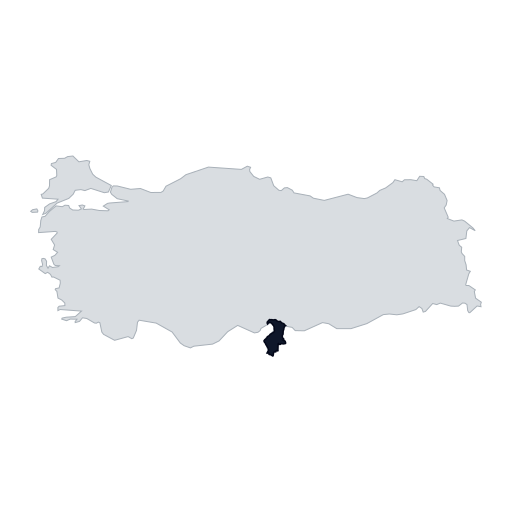 Hatay on a map of Turkey (orthographic projection)
{"feature_id": "TUR-2289", "entity_name": "Hatay", "entity_type": "Province", "adm_level": 1, "iso_a3": "TUR", "parent_name": "Turkey", "parent_adm1": "", "projection": "orthographic", "projection_center": [36.26, 36.42], "detail": "fine", "context": "in_parent", "style": "filled", "palette": "ink", "viewbox_px": 512, "rotation_deg": 0, "n_neighbors": 0, "source": "natural_earth", "source_scale": "10m", "svg_char_len": 5563}
<svg xmlns="http://www.w3.org/2000/svg" viewBox="0 0 512 512"><path d="M394.9,179.7L402.2,181.8L404.4,179.8L410.9,179.7L416.8,180.7L419.7,176.3L423.8,176.5L424.7,178.6L426.7,179.2L433.1,184.2L432.5,185.0L434.1,186.9L439.4,187.8L440.1,190.5L444.5,194.3L447.1,200.5L446.2,205.0L444.2,207.9L448.2,217.2L447.3,218.5L453.9,221.1L461.9,219.9L464.6,221.1L473.0,228.0L475.2,230.7L469.5,227.6L466.8,230.9L465.9,238.5L457.5,240.5L459.2,245.2L461.7,247.3L461.3,251.9L462.1,253.6L464.7,256.4L464.7,260.6L466.1,264.8L466.6,270.0L470.3,271.3L468.8,273.8L465.7,284.6L466.1,285.5L468.8,285.5L475.3,289.9L474.3,291.5L475.6,298.2L481.3,302.2L480.6,304.5L481.0,306.7L477.1,306.0L469.8,312.7L468.9,312.6L467.7,310.6L467.0,304.6L465.0,303.2L462.5,303.0L458.5,306.1L454.6,306.3L450.8,306.1L440.3,303.1L436.7,304.6L432.7,303.5L425.5,311.4L423.2,312.1L421.9,308.5L419.1,306.6L415.8,309.6L402.9,313.9L396.8,314.8L389.4,314.0L383.3,314.6L366.9,323.6L351.1,328.6L336.7,328.6L328.7,323.7L322.5,322.6L304.3,330.8L295.2,330.6L292.2,327.4L285.3,326.1L283.8,329.2L282.4,336.6L284.8,343.4L280.9,343.8L278.4,345.3L277.7,350.4L274.1,352.4L272.9,355.6L272.3,355.6L266.5,353.0L268.1,350.6L264.6,341.1L266.3,338.1L273.8,330.5L273.6,326.0L270.4,322.8L261.0,328.4L260.1,330.6L257.9,332.3L254.4,332.9L237.7,325.4L227.7,331.7L219.1,340.9L212.6,344.1L193.8,346.2L190.4,347.9L184.1,345.7L180.3,343.0L172.1,332.0L156.2,323.1L139.1,320.2L137.5,322.2L136.5,330.4L133.3,338.0L131.8,338.7L128.1,336.6L114.6,340.3L103.6,334.4L101.8,332.0L99.9,322.8L98.3,322.1L96.4,323.2L94.5,323.0L86.8,318.5L82.5,317.8L79.5,321.4L75.2,322.6L75.1,321.6L77.0,319.2L70.2,319.1L66.5,320.7L61.7,319.1L62.1,318.1L66.2,317.2L75.3,316.6L81.5,311.1L60.1,309.5L57.9,310.6L57.9,307.5L59.2,306.2L64.9,305.6L64.8,303.0L61.6,299.9L58.0,298.1L56.9,291.4L55.2,289.6L55.5,288.7L59.1,287.9L60.3,283.2L60.1,280.2L53.5,277.0L51.9,277.1L50.5,274.4L47.7,272.3L45.2,273.6L38.8,269.0L40.3,266.3L42.0,266.6L42.6,264.4L41.6,260.6L41.9,258.7L43.5,258.4L45.1,258.9L46.6,261.3L46.4,265.5L48.0,268.2L49.5,265.8L52.5,267.5L58.2,266.7L59.4,265.7L55.3,265.5L53.9,264.3L51.2,257.1L54.8,255.4L57.6,252.3L53.2,249.6L54.6,245.0L51.2,239.3L57.2,233.0L57.0,232.0L55.4,231.4L38.6,232.6L38.7,229.5L40.2,227.0L40.8,220.5L41.9,217.0L45.1,216.3L49.4,211.5L56.1,205.9L62.3,206.7L65.0,205.2L68.7,205.5L69.6,208.0L72.7,210.0L78.5,210.2L81.4,208.9L79.0,205.6L82.4,205.0L84.9,205.9L83.2,209.1L84.0,209.5L91.6,209.1L99.3,210.5L108.0,210.8L109.2,209.8L103.3,206.1L107.5,203.4L109.7,203.0L128.1,201.6L128.2,201.0L117.2,198.7L111.8,194.4L110.4,192.2L112.0,187.2L113.3,185.9L117.3,186.0L130.7,189.3L140.4,188.5L150.8,192.5L161.0,192.4L163.2,191.0L166.0,186.2L180.7,178.7L185.9,174.7L208.4,167.1L241.4,169.4L247.3,166.2L250.6,167.3L249.6,169.5L249.8,171.5L253.7,176.4L259.6,179.3L267.8,177.0L270.8,177.9L273.7,185.7L278.9,190.3L281.3,190.6L284.4,187.9L287.4,187.6L292.3,190.2L294.0,192.9L310.1,195.9L313.4,198.2L324.3,200.4L348.1,194.2L357.0,197.6L364.4,198.6L367.5,197.9L376.9,193.0L379.8,190.4L385.7,187.9L392.9,182.6L394.9,179.7ZM89.8,161.3L88.8,164.7L89.9,168.6L92.7,174.2L95.8,177.1L111.3,185.5L108.4,192.0L104.3,192.7L90.8,188.4L84.9,190.6L80.9,189.6L75.2,190.3L73.2,194.2L68.8,198.4L57.1,203.1L45.8,213.3L42.7,214.5L44.5,210.8L44.7,207.4L49.6,203.9L56.1,201.6L58.0,199.2L42.4,198.1L41.2,194.4L42.9,193.9L48.7,188.3L49.5,185.9L49.6,179.7L56.1,176.9L56.8,175.5L56.5,169.4L51.1,165.3L51.4,163.6L55.7,162.4L58.5,158.5L64.6,158.3L67.6,156.6L72.9,156.0L78.9,161.8L86.8,160.5L89.8,161.3ZM37.6,212.1L32.2,212.4L30.7,211.3L32.6,209.7L36.8,208.9L37.9,210.8L37.6,212.1Z" fill="#d9dde1" stroke="#a8b0b8" stroke-width="1"/><path d="M285.3,325.3L285.0,325.3L284.8,325.3L284.9,326.1L284.6,326.6L284.2,327.2L283.9,327.8L283.8,328.5L283.8,329.0L283.7,329.6L283.4,330.4L283.1,331.6L283.1,333.0L283.0,334.3L282.3,335.5L282.2,335.9L282.3,336.4L282.7,338.1L282.9,338.3L283.0,338.5L283.4,338.6L283.5,338.7L283.7,338.9L283.7,339.1L283.8,339.4L283.8,339.6L283.6,340.1L283.5,340.4L283.3,340.4L283.6,340.6L284.4,340.7L284.8,340.9L285.1,341.2L285.3,341.7L285.5,342.2L285.6,342.6L285.6,343.3L285.5,343.5L283.7,343.9L283.3,343.9L281.4,343.6L281.0,343.6L280.7,343.7L280.6,343.9L280.6,344.2L280.5,344.3L280.2,344.4L279.3,344.3L279.0,344.2L278.6,344.0L278.3,343.6L278.1,343.9L278.4,344.3L278.4,344.6L278.2,344.8L278.0,345.0L278.0,345.4L277.9,349.8L278.0,350.7L277.5,350.9L276.5,350.5L276.0,350.7L275.8,351.8L275.4,351.9L274.8,351.7L274.0,352.0L273.5,352.9L273.3,355.0L273.0,355.9L272.6,356.0L271.1,354.9L270.4,354.6L269.6,354.6L269.3,354.5L269.0,354.2L268.9,353.9L269.0,353.5L269.0,353.1L268.7,352.7L268.2,352.8L267.7,353.0L267.2,353.1L267.3,352.6L268.3,350.7L268.6,350.5L268.6,349.9L267.9,347.8L266.2,345.0L265.9,344.5L265.6,344.0L265.3,343.1L264.9,342.7L264.5,342.3L264.3,341.9L264.0,341.2L264.0,340.7L264.7,339.8L264.9,339.5L265.1,339.4L265.4,339.3L265.7,339.2L265.8,339.1L266.1,338.4L266.3,338.2L266.7,338.0L267.0,337.8L267.1,337.5L267.2,336.9L267.5,336.7L267.8,336.4L268.8,336.0L269.0,335.9L270.1,334.5L270.3,334.2L270.6,334.1L273.2,332.5L273.6,332.4L273.8,332.1L274.1,331.6L274.4,331.0L274.5,330.5L274.5,330.1L274.4,329.8L274.3,329.6L274.2,329.2L274.2,327.1L274.1,326.7L273.8,326.1L272.4,324.1L271.6,323.2L270.7,322.6L269.7,322.3L268.9,322.7L268.0,323.4L267.6,324.0L267.2,323.3L267.2,322.1L269.2,319.8L269.7,319.5L270.2,319.6L270.7,319.8L271.8,319.6L272.8,319.9L273.8,319.9L275.0,319.6L276.1,320.0L276.9,320.8L277.8,321.4L279.0,321.5L280.2,321.3L281.8,322.9L283.8,323.7L284.2,324.1L284.4,324.7L284.7,325.0L285.1,325.1L285.3,325.3L285.3,325.3Z" fill="#0f172a" stroke="#020617" stroke-width="1.5"/></svg>